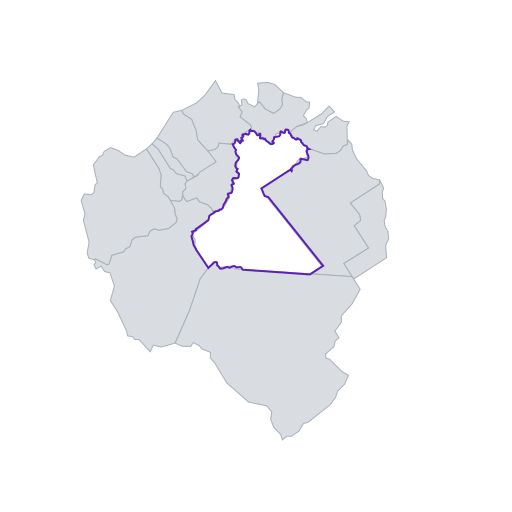 Mali highlighted among its neighbors, rotated 147°
{"feature_id": "MLI", "entity_name": "Mali", "entity_type": "country or territory", "adm_level": 0, "iso_a3": "MLI", "parent_name": "Africa", "parent_adm1": "", "projection": "robinson", "projection_center": [-5.437, 17.569], "detail": "fine", "context": "with_neighbors", "style": "outline", "palette": "violet", "viewbox_px": 512, "rotation_deg": 147, "n_neighbors": 13, "source": "natural_earth", "source_scale": "50m", "svg_char_len": 11486}
<svg xmlns="http://www.w3.org/2000/svg" viewBox="0 0 512 512"><g transform="rotate(147 256 256)"><path d="M186.8,183.5L186.5,202.0L157.3,201.5L157.2,228.0L148.9,228.9L146.6,234.3L148.1,249.2L113.0,249.2L110.9,252.6L111.9,243.5L115.4,240.6L118.5,235.2L117.9,231.7L121.1,224.4L126.2,217.8L129.2,216.1L131.7,210.1L132.0,204.6L135.4,198.2L141.4,194.4L147.5,183.5L186.8,183.5Z" fill="#d9dde1" stroke="#a8b0b8" stroke-width="1"/><path d="M112.9,329.4L109.3,321.4L104.8,317.7L108.8,315.7L118.7,299.8L123.2,300.7L127.6,298.4L132.7,298.3L142.9,304.1L154.3,318.8L156.4,331.2L159.8,334.1L160.1,341.4L151.1,342.5L144.6,340.0L123.4,339.5L113.1,342.0L111.7,334.0L120.0,334.2L127.2,330.3L135.0,332.7L139.0,330.4L137.2,327.4L131.3,329.1L127.8,326.5L124.9,326.7L122.8,329.1L112.9,329.4Z" fill="#d9dde1" stroke="#a8b0b8" stroke-width="1"/><path d="M110.9,252.6L113.0,249.2L148.1,249.2L146.6,234.3L148.9,228.9L157.2,228.0L157.3,201.5L186.5,202.0L186.6,186.3L219.9,211.4L206.3,211.6L214.9,301.1L216.5,302.4L214.4,309.7L178.1,309.8L176.7,312.1L173.2,311.4L168.1,313.5L158.9,310.8L157.3,316.9L154.3,318.8L142.9,304.1L132.7,298.3L127.6,298.4L123.2,300.7L118.7,299.8L115.5,303.1L114.8,297.5L117.4,292.4L118.7,282.6L116.9,267.2L117.8,262.1L115.6,257.1L110.9,252.6Z" fill="#d9dde1" stroke="#a8b0b8" stroke-width="1"/><path d="M289.6,405.5L282.1,406.7L279.8,399.6L280.1,375.7L278.3,373.6L277.9,368.5L271.9,361.8L273.1,356.4L276.2,355.2L278.0,350.7L282.5,349.7L287.5,343.5L290.7,343.5L297.7,349.5L297.4,352.9L299.5,359.1L297.7,363.3L298.7,366.0L291.5,375.6L289.8,382.2L289.6,405.5Z" fill="#d9dde1" stroke="#a8b0b8" stroke-width="1"/><path d="M396.9,233.3L399.6,249.4L403.1,252.1L403.3,255.4L407.2,259.0L405.4,263.5L402.5,284.5L402.4,298.0L391.2,307.8L387.6,321.4L391.4,325.3L391.5,331.9L397.3,332.2L396.5,337.1L394.0,337.6L393.7,340.9L392.1,341.2L385.7,329.8L383.6,329.4L376.6,335.2L364.6,331.6L362.0,333.0L356.6,332.7L351.3,337.1L346.7,337.4L335.6,332.0L331.4,334.6L326.7,334.4L323.3,330.5L314.1,326.6L304.4,327.8L302.0,330.1L300.8,336.0L298.3,340.2L297.7,349.5L290.7,343.5L287.5,343.5L284.4,346.6L284.6,339.5L274.1,337.1L273.8,332.1L268.6,325.3L267.4,320.6L268.1,315.6L273.9,315.2L277.2,311.5L297.6,309.0L298.3,302.6L303.1,295.7L302.8,271.8L315.4,267.1L341.0,246.8L371.2,227.0L385.5,231.5L390.7,237.2L396.9,233.3Z" fill="#d9dde1" stroke="#a8b0b8" stroke-width="1"/><path d="M289.6,405.5L289.8,382.2L291.5,375.6L298.7,366.0L297.7,363.3L299.5,359.1L297.4,352.9L298.3,340.2L300.8,336.0L302.0,330.1L304.4,327.8L314.1,326.6L323.3,330.5L326.7,334.4L331.4,334.6L335.6,332.0L346.7,337.4L351.3,337.1L356.6,332.7L362.0,333.0L364.6,331.6L376.6,335.2L383.6,329.4L385.7,329.8L392.1,341.2L393.7,340.9L397.4,345.1L396.0,350.4L388.5,358.4L381.3,380.0L376.5,384.3L372.3,398.0L366.1,401.5L360.9,397.2L357.4,397.4L352.1,403.5L349.4,403.6L342.8,420.9L333.4,424.6L329.9,424.1L326.4,426.4L319.1,426.2L314.1,419.7L311.1,412.2L304.6,405.4L289.6,405.5Z" fill="#d9dde1" stroke="#a8b0b8" stroke-width="1"/><path d="M273.1,356.4L271.9,361.8L277.9,368.5L278.3,373.6L280.1,375.7L279.8,399.6L282.1,406.7L274.7,408.9L270.2,398.7L269.5,393.5L271.5,384.2L269.2,380.4L268.3,364.7L264.4,359.4L265.1,356.1L273.1,356.4Z" fill="#d9dde1" stroke="#a8b0b8" stroke-width="1"/><path d="M265.1,356.1L264.4,359.4L268.3,364.7L269.2,380.4L271.5,384.2L269.5,393.5L270.2,398.7L274.7,408.9L247.1,421.6L239.0,418.6L239.4,414.5L235.4,405.6L237.8,393.9L241.6,385.2L237.9,362.6L238.1,356.7L265.1,356.1Z" fill="#d9dde1" stroke="#a8b0b8" stroke-width="1"/><path d="M189.9,365.4L202.5,365.3L204.1,362.2L208.4,361.3L209.8,365.7L215.6,362.9L225.4,370.7L228.6,368.1L232.9,367.7L239.1,370.4L241.6,385.2L237.8,393.9L235.4,405.6L239.4,414.5L239.0,418.6L222.6,416.8L211.7,418.6L194.5,425.1L195.8,411.2L186.4,403.3L188.4,398.7L187.5,393.7L187.9,390.7L189.4,390.7L189.2,384.2L193.5,381.5L189.2,368.9L189.9,365.4Z" fill="#d9dde1" stroke="#a8b0b8" stroke-width="1"/><path d="M140.2,339.9L151.1,342.5L160.1,341.4L160.6,345.2L164.4,343.8L172.3,347.6L180.0,342.5L181.8,342.8L188.6,352.3L186.4,358.3L188.3,357.3L189.4,358.5L188.9,361.6L191.7,364.6L189.9,365.4L189.2,368.9L193.5,381.5L189.2,384.2L189.4,390.7L185.4,390.4L183.5,394.6L180.9,394.6L179.1,392.3L179.7,388.2L175.9,381.8L169.1,383.8L168.1,374.3L163.6,366.2L156.3,366.2L151.6,368.4L149.0,373.5L144.1,378.1L136.6,367.9L132.0,364.5L129.7,357.6L127.1,355.9L131.2,350.9L133.9,351.1L139.8,347.9L139.0,344.5L140.2,339.9Z" fill="#d9dde1" stroke="#a8b0b8" stroke-width="1"/><path d="M144.1,378.1L149.0,373.5L151.6,368.4L156.3,366.2L163.6,366.2L168.1,374.3L169.1,383.8L171.6,383.2L163.2,393.7L160.5,400.0L151.5,395.1L146.8,389.5L144.1,378.1Z" fill="#d9dde1" stroke="#a8b0b8" stroke-width="1"/><path d="M215.6,362.9L215.0,356.8L217.5,352.4L217.3,348.9L224.5,340.3L225.9,333.2L228.3,330.7L232.7,332.1L236.5,330.0L237.8,327.3L244.8,322.7L246.5,319.4L255.0,315.1L260.0,313.7L262.2,315.6L268.1,315.6L267.4,320.6L268.6,325.3L273.8,332.1L274.1,337.1L284.6,339.5L284.4,346.6L282.5,349.7L278.0,350.7L276.2,355.2L273.1,356.4L260.9,355.3L257.9,357.0L238.1,356.7L239.1,370.4L232.9,367.7L228.6,368.1L225.4,370.7L215.6,362.9Z" fill="#d9dde1" stroke="#a8b0b8" stroke-width="1"/><path d="M186.6,186.3L186.8,171.3L201.1,163.7L217.1,159.3L220.4,154.1L230.7,150.0L231.0,142.3L236.0,141.4L240.0,137.6L251.4,135.9L252.9,131.8L250.6,129.6L246.9,112.4L243.5,105.7L251.7,100.1L261.0,98.3L266.4,94.0L274.5,90.9L303.1,88.2L307.5,89.7L315.4,85.7L324.6,85.6L328.1,88.0L334.0,87.4L332.5,92.7L334.4,102.5L332.7,111.0L327.6,116.8L328.7,124.6L341.8,137.5L349.6,165.3L348.9,189.0L349.9,195.5L346.5,199.8L352.0,207.4L352.5,211.8L355.8,217.6L359.9,215.7L367.1,220.5L371.2,227.0L341.0,246.8L315.4,267.1L302.8,271.8L292.8,272.8L292.6,266.2L282.8,261.5L280.6,256.7L186.6,186.3Z" fill="#d9dde1" stroke="#a8b0b8" stroke-width="1"/><path d="M161.2,341.8L161.3,341.0L160.7,340.4L160.7,340.2L160.7,339.5L161.0,337.9L161.0,337.3L161.2,336.2L160.9,335.7L160.8,335.3L160.3,334.7L159.8,333.8L159.7,333.1L159.5,332.6L159.0,331.8L158.7,331.6L157.9,331.5L157.8,331.8L157.5,332.2L157.3,332.3L156.8,331.8L156.7,331.4L156.7,331.0L156.1,330.3L155.3,329.0L155.4,328.0L155.9,327.4L156.1,327.0L156.1,326.5L155.9,325.9L155.6,325.5L155.7,324.5L155.6,323.1L155.2,322.4L154.8,321.9L154.2,321.3L153.7,320.5L153.9,319.3L154.1,318.5L153.3,316.8L154.9,317.5L155.1,317.3L155.6,316.9L156.4,316.0L157.0,314.9L157.3,313.5L157.4,312.3L157.7,311.3L158.1,310.4L158.8,309.5L159.5,308.9L160.4,308.3L160.8,308.4L161.6,309.3L163.4,311.1L164.9,312.5L165.4,313.3L165.9,313.3L166.6,311.9L167.4,310.8L167.7,310.5L168.7,310.3L169.5,310.3L170.3,310.3L171.6,310.5L172.2,310.7L172.8,310.9L174.5,311.0L176.2,310.7L177.8,310.3L179.0,310.1L179.1,309.6L179.0,308.9L179.2,308.4L179.6,307.9L179.9,307.8L180.0,309.4L180.4,309.6L181.5,309.7L183.2,309.7L185.0,309.7L186.9,309.7L188.7,309.7L190.6,309.7L192.4,309.7L194.3,309.7L196.1,309.7L198.0,309.7L199.8,309.7L201.7,309.7L203.5,309.7L205.4,309.7L207.2,309.7L209.1,309.7L210.9,309.7L212.8,309.7L214.7,309.7L215.2,306.7L215.7,303.9L216.0,301.6L214.7,299.9L213.6,298.6L213.4,296.1L213.1,293.5L212.9,290.9L212.6,288.4L212.3,285.8L212.1,283.2L211.8,280.6L211.6,278.0L211.3,275.5L211.1,272.9L210.8,270.3L210.6,267.7L210.3,265.2L210.0,262.6L209.8,260.0L209.5,257.4L209.3,254.8L209.0,252.3L208.8,249.7L208.5,247.1L208.3,244.5L208.0,241.9L207.8,239.4L207.5,236.8L207.3,234.2L207.0,231.6L206.8,229.1L206.5,226.5L206.3,223.9L206.0,221.3L205.8,218.7L205.5,216.2L205.3,213.6L205.0,211.2L207.8,211.2L210.7,211.2L213.5,211.2L217.7,211.2L220.8,211.2L223.6,213.2L226.0,215.1L229.0,217.3L231.9,219.5L234.8,221.7L237.7,223.9L240.7,226.2L243.6,228.4L246.6,230.6L249.5,232.8L252.4,235.0L255.4,237.3L258.3,239.5L261.3,241.7L264.3,243.9L267.2,246.2L270.2,248.4L273.1,250.6L274.5,251.6L274.6,252.0L274.7,252.8L274.6,253.8L274.7,254.5L275.1,255.1L275.8,255.6L278.7,257.2L278.9,257.6L279.0,258.3L279.4,259.1L280.0,259.6L280.7,259.9L281.6,260.2L284.2,260.4L284.8,260.8L285.9,262.3L286.5,262.6L288.3,263.1L289.5,263.3L290.1,263.5L291.2,263.9L292.4,264.6L293.1,265.2L293.1,265.4L293.1,265.9L293.1,267.6L293.4,268.5L293.6,269.1L293.6,269.5L293.3,269.8L293.1,270.1L292.9,270.6L292.6,271.2L292.3,271.8L292.4,272.3L292.9,272.6L293.7,273.2L294.3,273.5L294.6,273.5L295.0,273.5L295.3,273.4L297.5,272.9L299.6,272.5L302.4,271.9L302.4,273.7L302.5,276.4L302.5,279.5L302.6,282.3L302.6,285.5L302.7,288.1L302.7,291.1L302.8,294.2L302.5,294.5L302.4,296.2L302.4,298.5L301.8,300.8L300.9,302.5L300.6,304.1L300.3,305.1L300.0,305.6L299.9,306.2L299.7,307.0L299.4,307.6L299.2,307.9L298.2,308.2L296.5,309.8L296.4,311.2L294.4,310.8L292.4,310.4L292.1,310.5L291.9,310.6L291.8,311.3L289.0,311.4L286.6,311.5L283.6,311.6L281.5,311.7L278.9,311.9L276.4,312.0L274.8,313.5L273.4,315.0L273.2,315.0L271.2,315.3L268.6,315.1L267.3,315.1L266.7,315.2L266.6,315.8L264.7,315.0L262.5,314.2L261.0,314.7L260.7,314.6L260.5,314.2L259.8,314.0L258.6,314.1L257.8,314.4L256.4,315.5L255.4,316.5L255.1,316.7L253.7,317.3L251.1,318.7L249.6,319.8L249.3,320.0L248.6,320.2L247.6,320.2L246.8,320.5L246.0,323.2L245.5,323.5L242.4,322.4L241.8,322.5L241.2,322.9L239.5,324.5L238.6,325.7L238.2,327.4L238.2,328.0L238.2,328.5L237.9,328.9L237.5,329.0L237.1,329.0L235.7,328.6L235.2,328.8L235.0,329.6L235.1,331.4L234.8,332.7L233.9,333.1L233.2,333.6L232.7,333.7L232.3,333.6L229.7,331.7L228.9,331.4L227.9,331.6L227.0,332.4L226.6,332.9L226.1,333.5L225.4,334.4L225.6,335.1L226.0,335.9L226.4,336.8L226.3,337.7L224.0,339.0L224.2,339.4L224.6,339.9L224.6,340.9L224.5,342.5L224.1,343.0L223.5,343.6L223.1,344.4L222.7,344.7L222.1,345.2L221.2,345.6L219.6,346.0L218.4,346.3L217.9,346.6L217.2,347.1L216.7,347.7L216.6,348.4L216.7,349.2L216.9,349.9L217.1,350.4L217.2,350.9L217.1,352.4L216.6,354.2L216.2,355.0L215.5,355.4L214.9,355.9L215.1,357.0L215.2,358.7L215.0,360.0L215.0,360.8L214.7,361.7L214.6,362.3L214.3,362.1L213.0,362.2L211.6,362.7L211.2,363.0L211.1,363.5L210.8,363.8L210.3,364.2L209.9,364.7L209.2,364.6L208.4,364.3L208.0,364.0L208.0,363.8L208.3,363.4L208.5,362.9L208.5,362.6L208.2,361.8L208.0,360.9L208.1,360.5L207.9,359.3L207.8,359.2L206.9,359.5L206.5,359.6L206.3,359.7L206.3,360.0L206.5,360.8L206.4,360.9L205.8,360.9L205.1,360.6L204.3,359.9L204.1,360.1L204.0,360.7L203.9,361.4L204.1,362.6L203.9,363.1L203.4,363.0L202.6,363.0L202.0,363.1L201.6,363.2L201.3,363.6L201.2,364.1L201.4,364.6L201.4,364.9L201.2,365.1L200.9,365.2L200.7,365.2L200.1,364.6L199.4,364.4L197.8,364.0L197.6,363.2L197.3,363.2L196.9,362.7L196.6,362.1L196.3,362.2L196.0,362.3L195.1,362.3L194.3,363.2L193.7,364.2L193.0,364.8L192.3,365.0L192.1,365.0L192.2,364.3L192.1,363.8L191.9,363.4L189.9,362.2L189.6,361.7L189.3,360.3L189.0,358.9L189.1,358.1L189.2,357.4L189.2,356.9L188.9,356.4L188.3,356.0L187.7,355.8L186.9,356.4L186.5,356.5L186.1,356.4L185.9,356.2L186.0,356.0L186.8,354.5L187.3,353.9L187.8,353.4L188.1,353.2L188.4,352.8L188.4,352.5L188.3,352.3L187.7,352.1L186.8,351.4L186.4,351.3L186.0,351.0L185.5,349.9L185.4,349.7L184.9,349.6L184.5,349.4L184.6,348.0L184.6,346.8L183.7,344.8L183.4,343.6L183.0,342.4L182.6,341.8L181.9,341.3L181.0,341.0L180.2,340.9L179.6,341.0L179.4,341.1L179.4,341.4L179.8,342.2L179.9,342.6L179.9,343.0L179.7,343.3L179.3,343.3L178.5,343.6L177.6,344.1L177.0,344.5L176.4,345.5L176.1,345.7L175.5,345.5L173.7,344.8L172.3,344.1L171.3,343.8L170.8,344.0L170.5,344.1L169.6,344.5L168.5,346.1L168.2,346.6L167.7,347.0L167.4,347.0L167.1,346.8L167.1,346.7L166.5,345.6L165.9,344.4L165.4,343.8L164.7,343.8L164.2,344.2L163.6,345.0L162.8,345.7L162.4,345.9L162.0,345.8L161.0,344.9L160.3,344.2L160.2,343.9L160.4,343.4L160.7,342.7L161.0,342.0L161.2,341.8Z" fill="none" stroke="#5b21b6" stroke-width="2"/></g></svg>